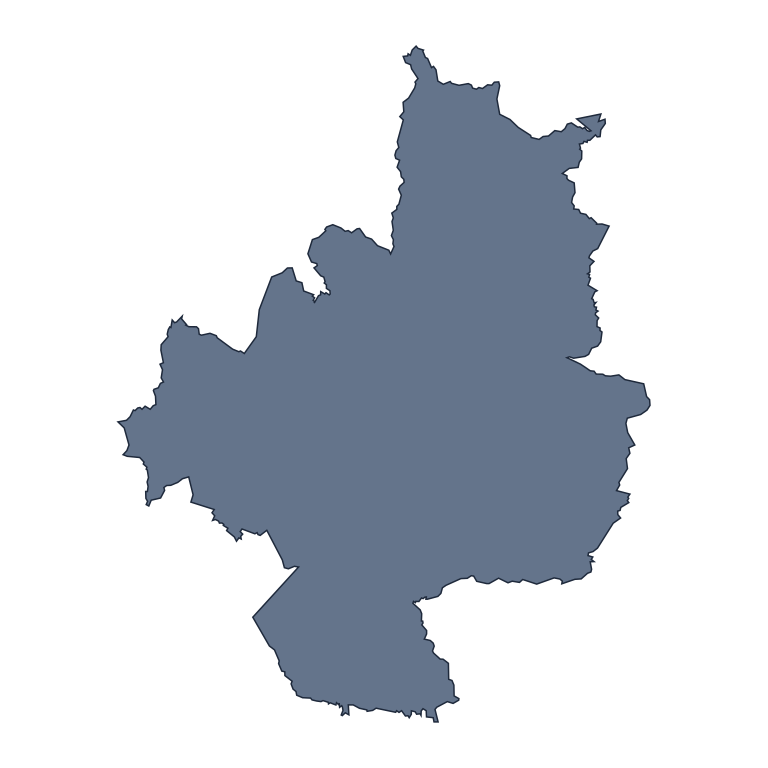 Casimiro Castillo, Jalisco, Mexico
{"feature_id": "50627088B6848821284294", "entity_name": "Casimiro Castillo", "entity_type": "district", "adm_level": 2, "iso_a3": "MEX", "parent_name": "Mexico", "parent_adm1": "Jalisco", "projection": "orthographic", "projection_center": [-104.478, 19.614], "detail": "fine", "context": "isolated", "style": "filled", "palette": "slate", "viewbox_px": 768, "rotation_deg": 0, "n_neighbors": 0, "source": "geoboundaries", "source_scale": "gbopen_adm2", "svg_char_len": 6080}
<svg xmlns="http://www.w3.org/2000/svg" viewBox="0 0 768 768"><path d="M416.1,46.1L412.2,50.0L410.4,55.3L408.1,53.8L407.7,55.9L403.2,56.4L405.6,62.6L410.6,64.7L411.6,68.9L418.0,78.6L415.0,82.1L415.8,83.8L414.7,87.9L408.6,98.1L403.1,102.3L403.8,111.8L399.8,116.6L403.3,119.9L397.3,141.9L398.8,147.5L396.1,150.7L394.9,155.1L395.8,158.5L399.6,160.2L397.1,167.2L400.6,171.7L401.3,176.8L403.8,179.3L404.1,182.4L400.0,186.1L398.6,189.1L401.3,195.2L398.9,204.2L396.8,206.4L396.8,209.4L391.8,213.1L393.3,217.9L392.0,221.5L393.3,230.3L391.4,235.6L393.4,239.7L392.9,243.8L394.0,246.5L390.6,254.0L388.8,250.2L377.5,245.7L371.6,239.1L365.6,237.0L359.6,228.5L357.1,228.8L351.6,232.8L348.2,230.6L345.1,231.3L341.0,228.0L332.8,224.7L326.6,227.0L324.9,229.4L325.8,230.8L318.8,237.3L312.4,239.6L307.9,253.8L311.5,262.0L316.8,263.6L317.3,265.6L314.0,267.9L320.7,275.8L323.8,277.1L325.1,281.6L324.2,283.0L326.4,284.7L326.4,288.4L329.9,290.7L330.2,293.9L329.2,294.9L326.0,292.7L324.8,294.0L320.7,291.6L320.6,294.8L318.5,295.7L314.2,303.1L314.6,301.3L313.2,300.4L314.6,297.8L312.3,296.1L313.6,294.7L303.7,291.0L301.9,282.7L296.2,280.9L292.2,267.9L287.4,268.0L282.2,272.8L271.7,277.0L259.3,309.6L256.3,336.7L244.3,353.5L240.5,351.0L238.8,351.7L232.7,349.2L217.2,337.8L216.3,335.7L210.0,333.3L201.4,335.2L199.2,334.2L198.5,328.7L196.5,326.8L188.8,326.7L185.8,325.1L186.5,324.6L181.6,318.9L182.2,316.2L176.6,322.0L174.6,322.7L172.2,320.0L170.9,327.5L169.8,326.9L168.3,329.5L167.2,334.2L168.1,336.7L161.2,344.7L160.9,350.2L163.4,362.7L160.0,364.2L162.5,369.7L161.2,377.9L163.5,382.0L160.4,383.4L158.3,387.8L154.0,389.3L153.4,390.6L155.5,396.2L155.9,404.6L153.2,405.7L150.2,409.3L145.1,406.2L142.0,409.3L140.0,407.5L137.7,408.0L135.1,410.6L133.4,410.0L130.1,416.7L126.5,420.3L118.0,421.9L124.2,427.9L129.0,445.0L126.9,450.6L123.1,454.7L127.2,456.3L139.7,457.5L144.0,462.1L143.3,464.0L146.9,467.2L146.2,469.2L147.3,470.0L148.5,477.6L147.1,482.0L148.1,486.4L147.4,491.5L145.7,491.5L145.9,498.4L147.6,501.3L146.2,504.6L148.8,506.0L151.2,500.2L160.6,498.0L164.6,490.4L163.9,487.5L166.7,485.5L170.8,485.3L177.9,482.3L182.5,478.7L188.7,476.9L193.1,494.8L190.9,502.1L214.2,509.5L212.0,512.8L214.7,515.8L212.6,520.4L215.4,519.5L218.6,521.1L219.4,523.1L222.0,523.0L223.8,524.4L223.3,525.5L227.9,528.2L226.6,530.6L234.3,536.9L236.5,541.2L238.9,537.9L241.2,539.0L240.7,536.4L242.7,534.1L240.2,531.6L242.0,529.0L254.9,533.8L257.1,532.6L258.0,534.6L260.2,535.4L266.8,530.3L282.3,559.9L284.4,567.7L288.4,568.8L294.4,566.3L298.6,567.0L252.8,617.2L269.4,646.0L274.5,649.9L279.2,660.9L278.6,663.6L281.8,671.1L284.8,671.8L284.9,675.6L292.1,681.2L291.1,683.9L293.1,689.2L296.0,691.5L296.7,695.2L302.6,697.7L310.6,698.1L312.0,699.9L316.6,701.0L321.0,701.6L323.0,700.6L328.3,702.3L328.5,703.9L330.2,702.8L335.9,705.0L336.5,702.7L338.7,704.7L339.2,703.1L339.6,707.3L341.7,705.7L342.4,706.9L343.0,710.4L341.2,715.0L342.3,715.6L345.3,712.8L348.9,714.8L348.3,704.9L353.2,704.9L359.5,708.3L366.8,709.9L367.1,711.3L372.7,710.4L376.1,708.2L395.7,712.3L396.6,710.7L399.0,712.4L401.6,710.7L405.4,716.0L408.0,715.7L409.2,717.7L411.3,714.3L411.4,710.8L415.2,711.8L416.6,714.2L420.1,713.8L421.0,715.4L421.2,710.9L423.0,708.7L426.2,710.7L426.5,716.9L433.2,717.7L434.0,721.9L438.1,721.9L435.0,709.4L436.8,707.2L447.3,701.6L453.1,703.4L458.7,700.2L458.9,698.6L454.1,695.9L453.9,685.1L452.0,680.5L448.7,679.3L448.4,663.3L443.1,659.2L440.2,659.1L433.6,653.1L432.5,651.0L434.2,646.1L433.2,643.1L430.3,640.5L424.3,639.1L426.6,634.0L426.6,630.5L421.8,624.9L423.0,623.0L422.7,621.1L421.4,621.0L421.7,613.7L420.2,609.9L412.9,603.3L413.5,601.4L415.4,602.6L415.8,601.4L418.9,601.5L421.5,598.0L423.1,598.6L424.8,597.2L426.3,597.0L425.9,599.2L427.4,599.2L437.9,596.4L440.9,593.4L442.4,587.8L446.0,585.3L460.9,578.6L467.3,578.3L471.3,575.7L473.7,576.1L476.7,581.3L486.8,583.6L489.0,583.6L498.6,578.2L508.0,582.8L512.2,581.2L519.5,582.4L522.7,579.5L536.7,584.1L554.1,577.9L559.8,579.0L562.3,581.1L561.8,583.8L574.9,579.3L581.2,578.9L587.5,573.3L590.9,572.0L591.6,569.3L590.2,561.8L594.0,561.6L591.3,559.5L592.8,557.0L588.0,555.6L588.5,552.9L593.0,551.6L597.5,548.1L613.2,523.2L620.6,518.0L617.8,514.6L617.7,511.1L620.1,510.4L620.8,507.4L628.8,502.6L627.3,500.6L628.7,498.4L627.8,497.1L629.9,494.1L616.5,490.6L619.7,485.0L618.9,482.4L627.5,468.6L626.2,458.6L629.9,453.3L628.7,447.8L634.8,445.0L627.7,432.6L625.9,423.4L627.3,418.2L640.7,414.5L647.0,410.1L650.0,405.4L649.6,399.7L646.6,396.6L643.7,383.8L624.9,379.6L618.9,374.9L610.6,376.2L605.3,375.8L602.8,374.2L596.2,374.1L594.1,371.2L590.3,370.8L580.4,364.1L566.9,357.7L569.5,356.8L573.6,358.2L585.0,356.4L588.6,354.4L591.7,348.2L597.6,346.1L600.7,341.8L602.0,332.0L600.0,330.5L600.1,328.0L597.0,326.6L597.1,320.6L598.7,318.0L595.3,314.8L595.6,312.8L598.0,311.1L595.9,310.0L596.5,307.2L594.4,306.8L593.9,305.0L595.9,302.5L594.2,302.9L593.1,299.4L591.7,298.7L594.8,291.9L597.1,290.7L588.0,285.2L590.5,278.2L588.8,277.2L589.6,274.5L587.5,273.8L590.0,272.0L589.8,265.8L594.0,261.4L588.9,257.8L589.5,255.8L592.9,251.0L597.7,248.6L609.1,226.1L602.1,224.0L596.5,224.2L596.7,223.2L591.1,217.7L589.3,218.6L585.9,214.4L580.5,213.2L578.7,209.5L573.7,209.0L574.2,205.9L571.6,202.5L572.6,197.0L575.0,192.7L574.2,182.9L568.5,180.2L566.9,178.5L567.0,175.8L562.3,173.5L569.2,168.4L578.1,167.4L579.3,162.2L581.6,158.9L581.8,151.0L579.7,149.2L580.5,148.2L579.4,144.0L582.9,143.5L584.0,141.4L587.1,142.3L587.5,140.3L589.9,140.3L595.5,134.9L597.2,136.9L600.1,136.6L600.8,129.9L605.3,123.5L605.0,119.2L598.5,121.5L600.9,114.0L576.7,118.9L591.0,130.8L589.3,131.4L587.0,130.5L584.7,127.5L582.5,128.7L579.9,126.9L577.8,127.2L571.4,122.9L567.3,124.1L565.0,128.6L561.3,131.7L554.8,130.6L548.5,136.0L543.1,136.5L539.1,139.4L531.2,137.5L530.6,135.4L518.2,127.4L510.0,119.5L499.7,114.3L496.9,99.0L499.7,85.7L498.7,81.9L494.3,82.2L491.8,85.2L487.6,84.8L482.5,88.5L478.8,87.5L476.5,89.2L472.6,88.1L471.4,85.1L468.3,83.6L459.0,85.3L451.5,83.3L450.2,81.5L443.3,84.3L437.8,81.0L436.0,69.8L433.5,66.4L431.5,67.6L427.6,58.5L425.4,57.5L422.8,51.1L423.5,50.1L418.0,48.4L416.1,46.1Z" fill="#64748b" stroke="#1e293b" stroke-width="1.5"/></svg>